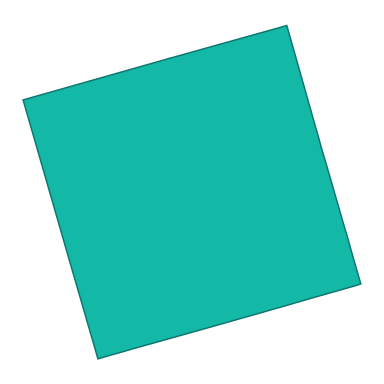 the district of Cherokee, Kansas, United States of America, rotated 344°
{"feature_id": "52423323B71068328683000", "entity_name": "Cherokee", "entity_type": "district", "adm_level": 2, "iso_a3": "USA", "parent_name": "United States of America", "parent_adm1": "Kansas", "projection": "equal_earth", "projection_center": [-94.732, 37.169], "detail": "fine", "context": "isolated", "style": "filled", "palette": "teal", "viewbox_px": 384, "rotation_deg": 344, "n_neighbors": 0, "source": "geoboundaries", "source_scale": "gbopen_adm2", "svg_char_len": 780}
<svg xmlns="http://www.w3.org/2000/svg" viewBox="0 0 384 384"><g transform="rotate(344 192 192)"><path d="M329.0,58.1L207.3,57.3L55.0,56.9L55.3,230.6L55.5,288.0L55.6,326.5L70.0,326.4L77.0,326.5L81.5,326.5L92.8,326.4L95.1,326.5L102.5,326.5L187.8,327.0L189.8,327.0L195.2,327.0L200.9,327.0L233.4,327.1L256.1,327.1L257.4,327.1L272.1,327.0L278.6,327.0L279.9,327.0L324.6,327.1L329.0,326.9L328.9,318.9L328.9,293.9L329.0,281.0L328.9,266.6L328.8,258.0L328.9,257.6L328.8,252.0L328.8,251.8L328.9,249.4L328.8,243.7L328.8,236.4L328.8,223.2L328.8,221.2L328.7,199.1L328.6,187.6L328.6,182.5L328.7,176.5L328.7,171.8L328.7,161.8L328.7,161.5L328.7,151.8L328.8,145.3L328.8,144.4L328.7,137.8L328.8,135.6L329.0,69.8L329.0,59.3L329.0,58.1Z" fill="#14b8a6" stroke="#0f766e" stroke-width="1.5"/></g></svg>